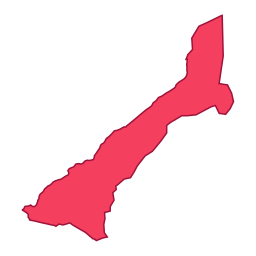 outline of Gbarma, Gbapolu, Liberia
{"feature_id": "62588387B9251982733395", "entity_name": "Gbarma", "entity_type": "district", "adm_level": 2, "iso_a3": "LBR", "parent_name": "Liberia", "parent_adm1": "Gbapolu", "projection": "natural_earth1", "projection_center": [-10.728, 7.196], "detail": "fine", "context": "isolated", "style": "filled", "palette": "rose", "viewbox_px": 256, "rotation_deg": 0, "n_neighbors": 0, "source": "geoboundaries", "source_scale": "gbopen_adm2", "svg_char_len": 2931}
<svg xmlns="http://www.w3.org/2000/svg" viewBox="0 0 256 256"><path d="M222.2,15.4L221.2,15.7L205.7,23.2L201.6,25.0L198.9,26.3L191.8,38.1L192.5,49.5L188.0,54.4L186.0,59.4L185.3,59.6L187.2,59.4L187.3,59.4L187.0,62.6L186.7,65.0L187.0,67.2L186.9,70.4L187.3,72.6L186.7,75.1L185.6,77.3L185.4,77.5L184.9,78.0L184.1,78.9L181.6,80.5L178.8,82.2L178.1,82.9L176.1,84.9L175.3,87.2L175.2,87.3L173.8,88.4L173.5,88.6L170.4,90.7L166.2,93.1L161.8,96.1L159.0,97.3L158.5,97.5L157.1,99.4L156.1,100.7L155.6,101.1L153.2,102.8L152.4,104.4L151.6,105.9L148.9,107.9L146.8,109.3L146.1,109.8L140.9,114.1L136.1,118.2L135.0,119.1L129.0,124.1L126.9,125.7L125.7,127.1L124.1,126.9L122.1,127.9L120.9,128.7L120.6,129.0L118.5,129.7L117.2,130.3L115.6,130.6L114.3,130.9L112.0,133.6L109.6,136.0L108.8,136.7L107.7,137.7L107.4,137.6L105.8,139.4L104.9,141.4L103.5,143.2L101.3,144.3L100.7,145.3L100.1,146.5L100.1,146.9L100.1,147.5L99.5,148.4L98.7,149.5L96.5,152.8L94.3,156.0L94.2,157.3L94.2,158.0L93.6,159.1L93.4,159.5L92.7,159.7L91.3,160.1L89.1,160.5L87.3,160.2L85.2,160.9L84.8,161.2L83.5,162.6L83.6,162.9L83.1,163.1L81.5,164.0L81.1,164.2L80.4,164.0L79.6,163.7L77.7,163.7L75.8,164.1L75.0,165.2L74.9,165.3L73.9,166.7L73.0,167.1L69.3,168.6L68.6,169.6L67.9,170.6L68.3,171.6L68.9,173.1L68.9,173.3L68.7,173.7L68.1,175.0L66.3,175.8L63.4,177.6L62.6,178.2L60.9,179.3L58.6,179.7L56.8,180.4L56.1,180.6L55.7,180.7L53.8,181.7L53.1,182.1L52.6,182.7L51.3,184.1L50.9,184.4L50.8,184.5L49.5,185.4L48.7,185.7L47.8,186.1L46.2,187.7L45.0,188.6L44.7,188.9L43.3,191.5L40.9,193.6L39.9,194.6L39.4,195.8L39.1,196.6L39.0,197.5L38.8,198.7L37.8,200.4L37.6,201.7L36.3,205.1L34.8,206.4L33.7,206.6L32.4,206.4L30.6,205.0L29.4,205.8L27.6,206.1L26.9,206.2L25.0,206.4L24.3,207.8L23.6,209.1L22.5,209.6L22.5,209.8L22.5,210.2L24.4,211.3L24.7,211.5L27.0,213.1L28.0,214.0L28.2,215.4L28.2,216.6L28.2,217.4L28.7,217.9L28.9,218.2L29.5,218.9L29.5,219.8L30.0,220.1L34.2,220.9L41.6,222.7L42.0,222.8L46.2,223.7L46.3,223.7L51.0,224.8L54.4,225.4L54.6,225.5L55.9,226.3L59.1,224.0L61.0,224.5L62.9,224.9L63.2,224.9L65.6,224.2L70.0,222.9L72.0,224.5L72.6,224.9L78.7,228.5L82.0,230.4L85.6,232.5L86.5,233.3L87.0,233.7L90.3,236.6L90.5,236.6L91.4,237.4L91.6,237.6L92.5,238.6L94.6,239.1L94.7,239.5L95.2,239.6L95.3,239.6L96.3,240.6L100.5,238.9L103.1,237.9L107.3,237.0L104.7,233.2L104.3,232.6L104.1,229.4L103.8,224.3L104.8,219.4L105.0,218.6L104.8,216.7L104.6,212.5L110.2,211.1L110.2,206.7L114.0,200.2L113.8,198.8L112.8,192.7L116.2,189.6L116.0,187.7L115.8,186.1L118.1,184.4L124.1,179.1L125.3,178.8L130.5,177.7L133.8,172.4L134.0,172.2L134.3,171.6L137.3,165.9L145.2,155.8L152.4,151.3L160.0,142.1L161.1,140.8L161.4,140.3L166.7,132.9L166.7,128.1L166.7,125.4L170.5,122.4L181.8,115.7L187.5,115.7L196.1,114.8L210.9,106.9L215.4,105.5L219.2,113.4L223.2,113.9L225.6,114.3L230.2,108.6L233.2,102.3L233.5,101.5L231.6,93.2L229.2,88.3L227.5,84.9L220.2,83.8L219.1,83.6L223.2,56.0L222.2,15.4Z" fill="#f43f5e" stroke="#9f1239" stroke-width="1.5"/></svg>